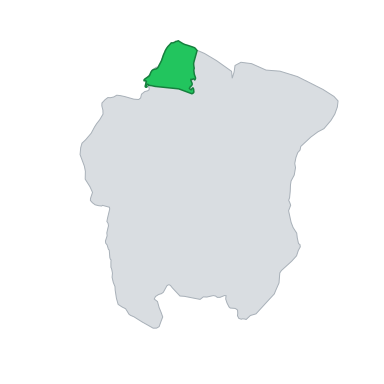 Suriname, with Nickerie highlighted, rotated 16°
{"feature_id": "SUR-37", "entity_name": "Nickerie", "entity_type": "District", "adm_level": 1, "iso_a3": "SUR", "parent_name": "Suriname", "parent_adm1": "", "projection": "natural_earth1", "projection_center": [-56.858, 5.617], "detail": "fine", "context": "in_parent", "style": "filled", "palette": "green", "viewbox_px": 384, "rotation_deg": 16, "n_neighbors": 0, "source": "natural_earth", "source_scale": "10m", "svg_char_len": 3763}
<svg xmlns="http://www.w3.org/2000/svg" viewBox="0 0 384 384"><g transform="rotate(16 192 192)"><path d="M301.4,94.7L296.4,99.5L291.1,106.4L284.0,118.2L284.3,121.9L282.8,124.9L282.4,130.2L282.9,136.2L284.8,140.1L285.6,147.5L284.2,154.1L284.7,158.0L286.2,164.1L287.4,170.7L287.2,173.3L289.0,175.4L290.5,177.5L290.0,183.4L295.6,193.8L299.0,198.3L304.0,202.7L305.8,207.0L308.6,212.2L310.3,212.8L311.2,214.9L310.3,218.9L310.1,224.5L306.9,231.0L299.6,242.8L298.7,245.6L300.7,255.4L299.6,263.5L299.2,267.3L295.6,274.4L287.1,291.5L282.2,294.6L279.2,299.6L277.3,299.6L275.2,300.1L274.5,300.7L271.9,300.6L269.8,298.4L269.4,295.9L268.3,292.9L265.7,292.0L260.7,293.0L259.3,292.3L256.3,289.1L253.9,285.6L253.3,282.3L251.7,282.6L247.9,285.6L245.3,286.3L243.3,285.5L241.0,285.7L235.2,288.9L231.8,289.7L229.4,293.0L213.3,294.4L209.1,295.3L199.6,289.6L197.1,287.8L195.8,287.5L194.8,287.8L193.7,289.1L192.1,296.2L190.7,298.1L188.2,299.7L185.7,302.5L185.2,305.3L189.0,306.8L192.2,312.1L195.6,316.4L198.3,320.2L197.9,324.5L197.5,330.5L195.5,332.6L192.2,333.6L180.0,330.7L170.7,328.0L166.8,327.5L165.0,326.8L162.7,324.6L160.3,322.5L156.5,321.8L152.0,320.4L148.7,315.1L145.2,307.5L144.0,304.1L141.3,300.7L138.7,296.0L137.9,291.9L135.9,288.0L134.8,286.7L133.3,281.5L132.9,279.6L132.2,279.3L131.1,277.7L129.0,272.1L128.5,270.7L127.5,270.2L125.0,266.3L123.1,264.9L122.3,262.9L122.5,257.5L121.4,254.8L121.1,249.6L121.1,247.6L120.0,245.3L118.3,243.8L118.0,240.1L117.6,231.0L116.8,229.4L109.7,229.5L109.0,230.4L105.9,230.9L102.4,231.0L99.3,229.8L96.7,228.2L96.2,226.2L96.5,219.8L92.4,215.0L85.8,209.1L83.8,201.5L81.4,196.8L74.1,186.9L72.8,180.1L72.8,175.4L75.4,171.0L78.9,163.3L80.4,156.3L81.5,152.6L83.4,147.9L85.0,141.7L83.8,137.9L81.6,134.1L80.9,131.3L83.0,127.2L85.1,124.4L87.5,123.9L90.6,122.2L93.0,119.7L96.6,119.1L101.2,118.8L110.5,118.8L115.2,117.8L116.7,115.8L116.5,111.9L118.9,108.5L121.4,107.0L122.4,105.9L122.5,104.6L121.8,103.4L120.9,102.6L118.3,102.4L116.0,96.3L117.5,93.7L119.6,88.9L120.1,86.2L123.2,81.9L124.0,83.2L126.4,75.4L126.7,69.1L128.5,62.8L131.3,55.4L136.4,51.7L165.9,55.4L179.5,59.0L196.8,65.1L199.3,71.6L199.4,65.1L198.5,58.5L203.3,53.8L213.9,52.2L229.6,54.4L243.2,51.6L261.6,52.0L289.6,57.3L302.1,61.0L307.3,64.2L308.3,70.2L307.8,77.8L305.8,85.0L301.4,94.7Z" fill="#d9dde1" stroke="#a8b0b8" stroke-width="1"/><path d="M115.2,98.2L115.0,97.6L115.2,96.9L115.7,96.1L118.5,92.8L119.1,91.7L119.3,90.1L119.4,88.7L119.6,87.6L120.1,86.2L120.9,85.2L121.5,84.7L123.3,83.8L124.1,83.1L124.7,82.3L125.1,81.3L126.5,73.9L126.8,67.5L127.2,65.2L127.3,63.6L128.0,60.8L128.7,58.9L130.2,56.0L130.5,55.2L130.8,54.6L131.3,54.2L132.6,53.9L133.0,53.6L133.3,53.3L133.6,53.2L133.9,53.0L134.6,52.0L135.0,51.7L135.6,51.4L136.1,51.3L136.8,50.6L137.2,50.4L138.8,50.9L142.5,51.9L144.6,52.2L147.5,52.2L152.1,52.4L154.6,52.6L155.6,53.0L157.4,54.3L157.9,54.6L157.9,55.2L158.0,66.6L158.2,68.3L159.1,70.6L159.7,71.8L160.0,72.4L160.1,73.9L160.2,74.6L161.7,78.1L163.8,81.1L164.0,81.6L164.1,82.2L163.9,83.1L163.8,83.4L163.5,83.5L162.8,83.0L162.4,82.8L162.0,82.9L161.7,83.2L161.4,83.6L161.0,83.9L160.7,84.0L160.3,83.9L160.0,83.9L159.9,84.4L160.1,85.0L162.0,87.3L162.3,87.9L162.5,88.5L162.4,89.5L162.2,90.1L161.8,90.6L161.5,91.0L161.3,91.4L161.2,92.1L161.0,92.6L160.9,93.0L161.0,93.3L161.4,93.5L162.3,93.7L162.8,94.0L163.2,93.8L163.3,93.5L163.5,92.5L163.7,92.0L164.0,91.8L164.3,91.7L164.7,92.0L165.2,92.7L165.5,93.4L165.9,94.6L166.2,95.2L166.2,95.9L166.0,96.5L165.5,96.8L164.9,97.6L150.8,96.5L127.3,100.7L123.9,100.9L121.0,101.4L120.7,100.9L120.1,100.7L119.5,100.7L119.0,101.0L118.9,101.7L119.2,102.3L119.8,103.2L119.6,103.6L119.2,103.9L118.7,104.0L118.2,103.8L117.9,103.4L117.8,102.9L117.7,98.2L117.2,98.0L116.6,97.8L115.7,98.2L115.2,98.2Z" fill="#22c55e" stroke="#15803d" stroke-width="1.5"/></g></svg>